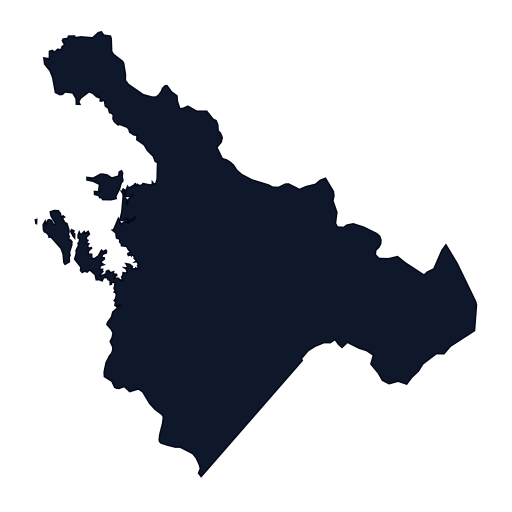 Konawe Utara, Sulawesi Tenggara, Indonesia, rotated 181°
{"feature_id": "22746128B68991025063444", "entity_name": "Konawe Utara", "entity_type": "district", "adm_level": 2, "iso_a3": "IDN", "parent_name": "Indonesia", "parent_adm1": "Sulawesi Tenggara", "projection": "natural_earth1", "projection_center": [122.267, -3.419], "detail": "fine", "context": "isolated", "style": "filled", "palette": "ink", "viewbox_px": 512, "rotation_deg": 181, "n_neighbors": 0, "source": "geoboundaries", "source_scale": "gbopen_adm2", "svg_char_len": 6144}
<svg xmlns="http://www.w3.org/2000/svg" viewBox="0 0 512 512"><g transform="rotate(181 256 256)"><path d="M66.3,270.5L70.2,264.9L78.0,246.2L84.4,243.0L87.6,239.8L106.5,251.7L114.5,257.9L123.4,255.6L133.0,255.7L136.7,259.4L136.4,263.7L133.2,267.1L131.6,270.3L131.3,274.0L132.7,278.0L135.9,280.6L148.8,286.7L159.4,289.9L166.0,288.4L168.7,286.1L175.2,286.4L177.1,290.2L175.9,301.1L180.1,312.6L179.1,317.4L179.8,322.0L187.9,335.0L193.0,332.9L197.8,328.7L207.1,326.3L213.7,323.3L224.7,328.6L227.9,328.4L234.6,325.0L240.6,325.1L244.6,327.2L261.6,332.1L271.7,337.2L276.6,341.3L280.2,346.6L283.3,349.2L286.9,351.5L291.4,352.8L297.1,363.9L292.8,369.2L291.8,373.7L293.6,378.1L296.1,380.6L296.5,386.4L298.3,390.7L301.2,392.0L307.8,399.9L317.8,399.7L326.7,404.6L331.5,402.3L334.8,402.0L337.4,409.6L337.8,414.7L343.3,418.6L348.0,424.8L349.8,424.6L352.4,422.0L353.4,419.1L356.1,415.2L358.9,413.1L362.8,413.1L371.7,415.4L386.5,425.3L389.7,429.2L389.7,435.2L391.7,446.4L392.8,448.3L402.1,455.2L403.9,458.1L404.5,470.5L405.3,473.3L412.2,474.2L414.5,477.5L417.7,476.5L423.2,471.3L434.8,472.1L440.8,471.1L441.1,472.8L447.3,472.6L448.1,470.2L452.5,469.7L453.4,468.1L451.0,463.6L453.5,462.1L454.6,458.7L457.8,459.3L461.0,456.4L463.3,458.0L466.1,457.1L466.1,449.5L471.6,450.4L470.7,444.3L465.2,437.6L462.4,430.9L459.4,416.0L455.0,413.9L452.4,414.2L449.9,416.7L442.1,415.9L438.6,410.2L438.3,404.6L434.7,404.6L436.0,407.1L434.1,410.7L425.8,417.3L421.8,415.7L418.3,412.5L417.0,413.8L417.6,412.5L416.4,411.7L415.5,412.3L414.2,410.2L414.6,408.4L412.9,408.1L411.9,409.1L410.2,408.4L409.3,403.2L406.3,401.3L404.9,396.7L403.3,396.5L401.2,394.6L401.4,390.5L399.8,387.6L396.2,384.6L394.5,385.2L387.1,382.5L385.3,380.6L384.5,377.6L380.2,374.9L377.1,374.6L377.2,370.2L369.8,365.2L366.4,359.6L360.5,354.0L358.4,348.8L356.1,347.8L356.2,331.1L357.6,326.4L359.6,326.4L360.9,328.2L360.9,325.9L362.9,325.1L370.3,326.5L371.1,325.1L374.1,324.3L375.6,325.6L376.9,324.1L377.7,326.2L378.5,325.9L378.4,323.5L379.3,322.8L379.8,324.5L383.3,322.3L384.7,322.1L385.6,323.5L386.6,321.0L387.2,313.4L382.8,313.2L381.0,314.9L380.2,314.7L384.9,310.0L385.8,305.1L386.4,305.8L386.2,309.8L388.9,313.4L387.9,317.0L388.1,319.5L389.9,320.7L390.5,320.1L390.1,318.1L391.8,318.5L390.1,315.7L389.9,313.0L390.9,298.1L392.7,289.4L388.0,289.0L386.6,291.0L381.4,289.5L379.0,291.2L377.9,293.4L377.3,292.7L380.1,288.6L385.8,289.2L385.4,287.7L383.1,287.4L383.2,286.7L385.7,286.9L387.1,288.2L391.7,285.6L394.3,291.2L398.1,281.6L399.1,279.6L400.1,279.4L396.6,276.6L395.8,271.5L392.4,270.4L392.6,267.6L390.9,265.9L390.7,263.9L385.6,263.4L383.5,259.7L382.5,259.4L382.0,257.5L384.3,256.1L383.6,254.2L380.8,255.0L380.4,254.1L379.9,255.0L378.0,254.0L377.7,251.4L375.4,249.4L377.1,247.9L375.1,248.3L373.3,245.7L374.3,244.4L373.5,242.9L374.0,241.0L376.1,242.0L376.3,241.2L379.8,240.8L379.4,243.4L382.2,245.5L386.0,246.1L384.2,243.2L385.2,241.8L387.5,242.0L385.6,240.7L384.4,237.7L386.1,236.6L388.6,237.1L388.8,234.2L390.0,232.9L389.0,229.6L389.4,228.6L390.7,229.7L391.3,229.1L393.1,231.4L397.0,231.1L397.4,231.7L396.4,232.7L397.3,233.5L394.9,234.0L395.1,235.3L398.5,235.6L398.1,237.9L401.1,236.7L403.2,239.1L405.4,238.1L405.3,236.6L407.2,234.6L411.2,233.6L411.2,235.2L408.8,237.8L409.7,238.5L409.1,240.0L411.8,240.1L412.0,242.0L410.6,243.9L407.8,244.7L410.3,246.1L410.9,247.7L407.5,250.3L407.7,251.6L409.6,251.6L410.2,253.4L408.8,255.3L405.7,256.4L405.6,258.6L406.3,259.3L408.9,257.7L410.6,259.2L413.7,253.3L417.8,250.3L420.2,251.2L420.3,254.9L423.8,254.8L423.6,258.0L420.5,261.0L421.0,261.6L422.5,260.8L424.2,261.9L424.6,263.4L423.3,265.3L426.2,266.1L424.3,268.7L425.6,269.3L426.2,271.5L422.9,275.0L424.2,277.7L427.2,275.6L428.2,277.5L431.1,274.5L432.4,275.1L433.2,277.0L434.2,274.3L434.2,271.0L432.6,270.0L433.2,266.4L434.2,265.6L433.6,263.5L436.0,258.4L435.7,255.5L437.3,249.7L430.8,241.7L431.3,238.5L429.5,236.5L426.9,237.9L424.6,236.9L422.1,239.3L416.5,234.5L415.3,229.4L412.4,229.6L409.4,228.4L408.0,231.7L404.4,231.7L403.5,229.7L401.4,229.0L401.3,224.9L400.0,225.3L400.0,227.3L396.6,226.9L396.7,223.2L397.5,221.4L396.2,219.1L397.2,217.4L395.8,217.0L394.9,214.8L395.7,210.8L397.1,209.0L395.5,207.7L396.3,204.3L394.3,202.8L392.4,204.9L390.8,204.3L398.2,197.5L399.5,192.3L403.3,187.0L403.9,185.0L399.3,179.9L397.6,176.5L398.4,172.0L400.3,168.0L397.6,162.4L397.5,159.7L398.8,155.8L400.5,154.0L404.0,146.9L405.8,137.4L405.5,132.8L397.9,128.2L395.0,122.2L393.1,121.4L390.6,121.2L385.4,123.2L379.9,118.2L371.2,121.0L366.9,118.2L359.9,106.9L354.2,100.8L347.4,96.0L345.8,93.6L346.4,87.4L349.1,75.7L349.6,70.3L349.0,68.6L347.8,67.4L341.5,65.4L333.4,63.5L328.6,63.6L315.8,57.3L312.2,52.9L308.9,46.1L307.9,42.3L309.7,37.9L307.0,34.5L207.9,152.3L208.9,154.1L202.2,162.3L195.5,166.7L186.5,170.6L180.3,170.6L175.5,173.9L171.9,169.1L168.4,166.1L163.1,171.3L151.5,165.7L143.6,163.3L136.9,158.9L139.3,150.0L131.7,141.1L127.4,133.9L120.7,130.6L111.7,133.3L103.1,130.5L98.3,137.2L91.6,143.8L87.3,151.0L74.0,161.5L66.4,161.5L60.0,169.2L36.2,185.2L34.7,210.9L35.6,214.3L54.8,252.2L66.3,270.5ZM461.3,271.4L451.0,260.1L448.9,254.6L448.0,246.2L446.8,244.3L442.5,246.9L442.7,251.6L441.9,253.4L442.6,256.4L440.4,263.6L440.3,267.2L441.7,268.8L443.0,268.8L443.5,270.6L443.0,272.4L444.0,273.4L443.4,278.4L445.6,285.2L447.8,286.0L450.2,290.5L448.1,291.6L449.6,292.8L451.0,291.5L451.7,292.1L452.3,295.2L454.4,297.8L458.3,298.0L462.5,296.6L461.7,292.6L457.1,285.0L457.6,283.8L459.0,284.0L461.1,287.9L463.5,288.8L464.9,288.0L466.6,283.5L467.4,287.2L469.4,283.5L468.9,278.1L467.9,276.3L466.6,276.1L463.9,273.6L463.2,271.1L461.3,271.4ZM410.2,309.7L401.9,309.7L396.8,311.0L397.2,313.2L393.5,321.0L392.2,326.3L390.3,328.9L391.2,333.2L390.8,336.6L391.9,338.9L394.2,337.7L394.8,333.5L401.6,331.5L406.2,334.4L410.4,335.2L412.9,335.1L420.2,331.0L426.4,331.7L426.4,329.1L420.3,327.9L413.7,324.9L414.4,319.4L413.6,317.6L418.7,317.7L418.5,314.7L414.3,313.7L413.3,311.6L411.6,311.8L410.2,309.7ZM440.9,279.1L441.8,277.0L440.8,276.8L440.8,275.2L439.9,274.9L438.4,278.0L440.9,279.1ZM439.3,276.1L439.8,273.4L437.7,270.9L437.7,275.1L439.3,276.1ZM477.3,288.3L476.6,284.7L476.0,284.5L475.9,288.8L477.3,288.3Z" fill="#0f172a" stroke="#020617" stroke-width="1.5"/></g></svg>